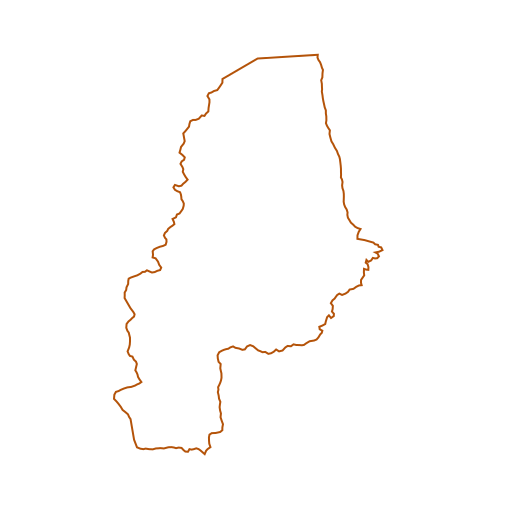 Lençóis, Bahia, Brazil (orthographic projection), rotated 9°
{"feature_id": "56859067B12550544073428", "entity_name": "Lençóis", "entity_type": "district", "adm_level": 2, "iso_a3": "BRA", "parent_name": "Brazil", "parent_adm1": "Bahia", "projection": "orthographic", "projection_center": [-41.337, -12.43], "detail": "fine", "context": "isolated", "style": "outline", "palette": "amber", "viewbox_px": 512, "rotation_deg": 9, "n_neighbors": 0, "source": "geoboundaries", "source_scale": "gbopen_adm2", "svg_char_len": 4722}
<svg xmlns="http://www.w3.org/2000/svg" viewBox="0 0 512 512"><g transform="rotate(9 256 256)"><path d="M335.2,309.6L335.8,305.3L337.3,303.2L339.8,305.5L342.2,303.2L342.0,300.9L339.7,299.0L340.0,296.4L339.7,293.2L337.3,290.9L338.5,287.8L340.3,285.8L341.2,283.9L342.3,281.8L344.2,280.1L347.1,281.0L350.3,279.1L352.5,277.0L353.7,274.5L357.4,273.2L359.9,270.7L362.3,269.0L364.9,268.3L363.9,266.1L363.5,263.2L364.7,260.7L365.9,258.2L365.1,255.3L364.7,251.8L367.0,252.2L369.1,252.1L368.8,249.4L367.5,246.6L365.4,245.4L365.7,242.6L367.8,244.2L370.4,242.4L371.7,239.6L374.0,239.8L376.1,239.2L377.5,237.1L375.7,234.6L373.4,233.8L376.9,232.5L380.0,230.4L378.3,227.9L375.7,227.7L374.7,225.9L371.8,225.8L369.9,224.4L360.7,223.3L353.5,223.2L353.0,219.7L353.7,216.0L355.0,213.0L351.9,212.5L349.4,211.6L347.2,209.9L344.5,208.2L342.7,206.0L340.8,203.8L339.8,201.1L339.6,198.6L338.3,195.9L336.4,193.7L335.0,191.3L334.1,188.7L333.8,186.2L333.5,183.8L333.0,180.9L332.2,178.1L330.8,175.5L330.0,172.8L329.9,169.4L328.9,166.9L327.6,165.2L327.3,162.4L326.8,159.8L326.3,156.7L325.5,153.4L324.6,150.2L323.7,147.1L322.7,144.8L321.0,142.4L319.5,139.6L316.9,136.6L314.7,133.4L312.6,131.0L310.8,127.1L309.5,124.0L309.3,120.3L307.4,118.3L305.7,116.2L304.3,113.9L304.3,111.0L303.6,107.1L302.7,104.3L302.2,101.2L300.6,98.4L299.8,96.3L298.3,92.5L297.3,89.6L296.5,86.8L295.3,83.3L295.2,81.0L294.7,78.8L294.1,75.6L292.9,72.2L293.6,69.2L293.1,65.2L293.0,61.7L291.7,59.8L290.4,57.0L288.9,54.5L287.1,52.7L285.7,50.4L285.5,47.6L226.7,60.7L195.2,86.4L195.7,90.1L194.3,93.2L193.3,95.3L191.8,98.2L188.7,99.6L186.4,101.5L184.0,102.6L183.0,105.6L185.5,108.6L186.0,111.5L186.0,117.2L186.3,120.7L184.3,123.2L183.2,125.7L180.4,125.7L178.0,129.4L175.0,131.1L172.4,131.5L170.0,133.2L169.6,136.1L169.6,138.7L167.9,141.7L166.6,143.9L165.0,146.3L166.4,150.3L167.6,153.7L167.0,156.3L164.9,160.0L164.7,162.6L164.3,165.9L167.5,167.7L170.2,169.7L169.9,172.2L167.8,174.2L167.0,176.8L169.4,179.6L170.6,181.6L170.5,184.3L172.2,186.6L174.0,188.8L176.5,191.3L174.6,194.0L172.7,196.1L171.4,198.2L168.9,199.2L164.8,198.5L163.7,201.1L165.6,203.3L168.1,204.3L171.0,204.9L172.2,207.0L172.9,209.1L173.5,211.6L175.1,213.3L176.5,215.5L176.7,217.7L176.3,221.0L175.3,223.1L173.8,226.0L171.4,227.4L170.9,230.3L167.8,232.5L169.6,235.2L170.4,237.3L168.7,239.2L166.9,240.8L165.0,243.0L164.4,245.1L162.5,247.4L161.8,250.1L163.3,252.3L164.9,253.6L165.4,256.0L165.0,259.0L162.6,260.6L159.6,261.9L156.6,263.7L154.3,265.4L153.2,267.5L154.1,270.9L154.1,273.6L157.2,274.0L160.1,276.9L161.8,279.9L164.2,282.3L163.5,284.9L160.8,286.1L158.5,287.7L155.8,288.6L153.1,287.9L150.5,287.2L148.8,289.0L146.4,289.5L144.6,291.5L141.7,293.7L138.8,295.2L135.7,296.9L133.8,298.3L133.7,300.5L134.1,303.7L133.0,307.2L133.1,309.9L132.0,312.6L132.5,315.5L132.8,318.1L140.1,327.1L143.7,330.6L145.2,332.5L145.0,334.9L143.4,336.7L142.0,338.7L140.3,340.6L138.8,343.4L139.1,347.2L140.7,350.0L142.3,351.6L143.3,354.0L144.3,356.3L144.9,359.9L145.2,363.3L145.0,366.2L144.1,370.3L145.6,372.8L147.1,374.4L149.7,374.7L151.6,377.5L154.0,379.1L155.2,381.3L154.7,387.8L156.3,389.7L157.5,391.6L158.4,393.9L160.3,396.2L162.5,398.4L160.7,400.2L158.7,401.4L156.8,402.9L153.3,404.8L149.5,405.9L146.2,407.6L143.3,409.4L141.4,410.9L138.9,412.1L137.8,415.1L138.1,419.3L141.0,421.5L143.2,423.4L146.1,426.2L148.3,428.9L151.2,430.5L154.3,432.4L155.9,434.9L157.6,436.7L164.3,456.5L168.4,463.6L171.9,464.4L175.0,464.4L177.1,463.5L180.7,463.5L184.3,463.1L187.3,461.7L189.3,461.3L191.6,460.7L195.1,460.5L199.4,458.6L202.5,458.0L204.9,458.0L207.1,458.3L209.6,457.3L212.5,457.2L214.9,459.1L216.8,460.2L219.4,460.0L220.5,457.2L222.7,457.3L224.8,456.5L227.1,455.3L229.5,455.7L231.5,456.7L236.3,459.7L237.2,456.1L238.4,454.3L240.9,451.9L239.2,448.7L238.5,445.8L237.9,442.5L238.0,439.7L240.0,437.9L243.9,437.1L248.2,435.4L250.0,433.3L249.6,430.6L249.7,427.3L247.9,424.1L246.2,420.8L246.0,417.0L244.7,414.2L243.7,411.0L243.6,408.3L243.6,405.6L241.8,402.7L241.0,399.8L239.6,396.4L239.8,393.9L239.1,391.5L239.9,389.0L240.5,386.7L240.9,384.4L241.0,381.7L240.6,379.4L240.2,377.3L239.2,374.9L238.3,372.5L238.0,368.2L235.6,366.4L234.3,363.1L233.6,360.1L234.7,356.8L237.1,354.9L239.0,353.7L241.0,352.7L243.2,351.9L244.9,350.3L247.5,348.9L250.0,349.9L253.8,350.0L257.2,350.8L259.6,350.0L261.3,346.7L264.1,344.9L267.4,345.6L270.0,347.2L272.9,348.9L275.1,349.3L277.4,350.0L280.2,349.3L283.5,350.7L286.1,349.7L288.5,347.8L290.5,345.2L293.7,346.6L297.0,345.2L299.3,341.7L301.3,339.9L304.6,339.7L306.9,337.4L309.6,337.6L312.7,337.2L315.3,337.0L317.3,336.3L319.2,334.4L322.3,331.8L326.6,330.4L328.9,329.0L330.4,326.6L331.7,323.4L333.0,321.6L333.2,319.4L330.4,318.4L329.6,316.0L332.2,314.5L335.0,312.4L335.2,309.6Z" fill="none" stroke="#b45309" stroke-width="2"/></g></svg>